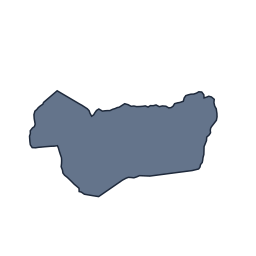 Ilhota, Santa Catarina, Brazil (orthographic projection), rotated 133°
{"feature_id": "56859067B31114791802058", "entity_name": "Ilhota", "entity_type": "district", "adm_level": 2, "iso_a3": "BRA", "parent_name": "Brazil", "parent_adm1": "Santa Catarina", "projection": "orthographic", "projection_center": [-48.867, -26.865], "detail": "fine", "context": "isolated", "style": "filled", "palette": "slate", "viewbox_px": 256, "rotation_deg": 133, "n_neighbors": 0, "source": "geoboundaries", "source_scale": "gbopen_adm2", "svg_char_len": 1772}
<svg xmlns="http://www.w3.org/2000/svg" viewBox="0 0 256 256"><g transform="rotate(133 128 128)"><path d="M149.1,205.2L166.8,207.2L168.7,206.5L171.7,207.2L174.3,207.5L176.7,207.3L179.1,207.6L182.4,205.9L185.2,202.9L187.0,200.5L188.5,198.5L190.8,197.4L193.1,197.9L196.7,197.6L198.8,195.5L201.1,194.5L202.9,192.6L205.0,190.3L206.9,188.0L207.7,184.7L205.5,182.1L203.3,180.4L201.1,178.4L198.6,176.2L196.3,174.1L193.9,171.9L191.5,169.5L189.1,167.6L190.0,165.4L192.0,162.1L193.5,159.4L195.1,156.4L197.1,154.3L199.4,152.3L201.9,150.5L203.5,147.2L205.3,144.9L205.8,142.2L205.5,138.6L205.6,133.2L205.8,129.0L205.6,125.9L205.5,122.7L207.8,120.4L206.7,118.4L206.2,114.8L204.0,111.4L201.7,107.9L198.2,102.7L169.9,96.5L166.1,95.2L163.9,94.1L162.2,92.1L160.4,89.7L157.8,88.3L155.0,87.1L148.2,79.2L133.9,67.4L131.6,65.5L115.3,52.0L109.8,48.4L107.5,48.7L105.3,50.0L102.6,50.2L100.5,51.5L98.6,52.9L95.6,54.5L92.4,57.3L89.7,59.7L86.8,60.8L83.7,62.0L81.0,64.2L77.7,63.9L75.2,64.4L73.4,66.4L71.4,67.6L69.4,67.9L66.2,68.2L62.1,68.6L59.1,70.5L56.7,72.9L55.2,74.8L53.8,76.5L52.8,79.6L50.8,82.5L48.2,84.5L48.4,88.2L49.7,90.6L51.9,91.6L54.1,92.9L52.0,95.2L51.4,98.6L53.2,100.9L55.8,101.7L58.4,103.1L60.4,105.1L62.7,106.6L64.9,107.8L67.7,107.4L70.7,105.8L73.8,107.4L75.9,109.0L78.4,110.5L81.3,109.9L83.7,110.4L85.5,111.9L86.2,115.1L88.4,117.9L91.1,119.7L92.0,123.2L94.4,124.7L96.4,126.9L99.0,127.6L100.0,130.4L101.8,131.8L104.0,133.8L106.5,136.3L107.9,138.7L110.0,140.5L110.9,143.9L112.5,147.0L116.7,148.1L118.8,148.6L120.4,149.8L122.6,150.7L124.8,152.0L127.6,153.1L129.3,154.9L131.0,156.5L133.1,158.2L134.0,162.3L136.6,163.0L139.7,162.6L141.8,162.1L144.2,162.6L143.1,166.0L141.9,168.2L141.7,170.9L142.8,177.2L143.4,179.5L149.1,205.2Z" fill="#64748b" stroke="#1e293b" stroke-width="1.5"/></g></svg>